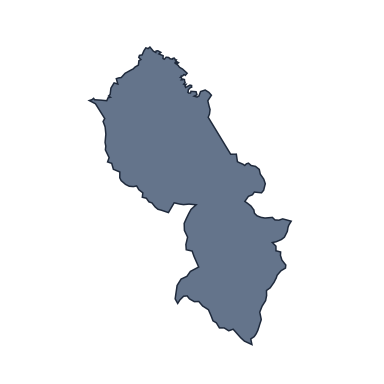 outline of Pano Pyrgos, Nicosia, Cyprus, rotated 305°
{"feature_id": "46923920B70201539019351", "entity_name": "Pano Pyrgos", "entity_type": "district", "adm_level": 2, "iso_a3": "CYP", "parent_name": "Cyprus", "parent_adm1": "Nicosia", "projection": "orthographic", "projection_center": [32.674, 35.131], "detail": "fine", "context": "isolated", "style": "filled", "palette": "slate", "viewbox_px": 384, "rotation_deg": 305, "n_neighbors": 0, "source": "geoboundaries", "source_scale": "gbopen_adm2", "svg_char_len": 3346}
<svg xmlns="http://www.w3.org/2000/svg" viewBox="0 0 384 384"><g transform="rotate(305 192 192)"><path d="M94.7,239.7L92.5,244.2L96.7,244.0L101.8,244.9L104.1,247.6L103.0,251.2L103.5,256.8L106.2,260.4L104.7,266.1L105.0,273.0L101.5,278.7L98.5,283.1L98.8,287.0L96.4,292.4L99.1,296.3L99.4,301.7L103.2,304.4L100.5,315.7L99.9,320.5L101.4,328.6L105.3,324.4L109.2,325.9L112.3,325.9L112.5,325.9L116.3,325.3L120.6,324.0L122.0,323.5L127.0,322.0L127.8,321.3L130.0,319.0L132.4,316.4L138.7,314.9L145.2,314.6L150.0,312.5L152.8,310.4L154.1,309.5L158.3,311.0L160.0,311.0L165.2,311.0L168.4,310.5L169.6,310.4L172.6,309.5L176.8,309.9L178.6,310.1L181.3,311.3L183.3,312.2L186.0,310.7L186.7,308.3L187.5,305.7L187.8,304.7L189.5,302.5L190.8,300.8L192.3,299.9L193.7,299.0L192.9,296.8L192.0,294.5L195.8,291.8L196.7,286.8L199.4,289.4L204.2,292.4L205.3,292.8L208.0,293.6L211.5,293.1L214.3,292.7L215.7,292.1L217.9,291.0L220.4,290.3L225.0,290.0L223.2,285.0L222.0,281.7L218.7,279.3L218.2,278.4L216.7,276.0L217.3,272.4L212.5,266.7L211.6,264.7L210.9,263.3L210.3,261.0L209.8,258.9L210.2,256.6L210.4,255.4L211.8,253.9L212.8,253.0L213.0,252.2L214.3,248.5L214.4,247.2L214.6,243.7L214.6,242.3L214.6,240.7L220.8,240.7L224.4,243.1L227.7,243.1L231.2,249.4L234.5,249.7L240.8,247.3L243.7,243.4L245.8,237.7L249.1,234.1L249.4,229.3L247.6,225.2L248.0,221.7L246.3,220.4L244.0,220.0L244.0,217.9L243.2,213.9L243.0,212.8L242.9,211.8L248.4,206.6L245.1,202.0L262.5,162.4L265.9,161.6L269.9,159.5L272.0,156.9L275.8,152.6L282.4,152.4L283.3,148.6L283.1,144.3L279.2,141.4L274.6,142.6L272.7,141.7L271.7,138.8L274.5,140.3L276.5,137.8L273.9,133.4L272.3,134.0L271.2,132.8L271.3,131.4L272.2,131.2L273.6,130.3L275.3,130.6L276.8,130.8L277.6,131.6L279.0,130.6L278.4,129.0L274.0,126.9L274.8,125.5L276.8,125.4L275.7,124.2L275.5,123.3L277.7,123.6L278.8,122.1L279.8,121.3L279.4,120.1L278.4,119.8L277.8,118.9L278.9,119.0L279.7,117.4L279.4,116.8L280.3,117.0L280.9,116.7L281.5,117.7L282.3,117.9L283.4,117.9L283.7,118.4L283.7,119.6L286.5,119.9L287.3,113.7L287.0,110.4L287.3,109.1L287.7,108.3L287.9,106.4L287.8,104.3L288.0,104.0L288.3,104.0L289.2,105.6L289.3,106.5L290.2,106.8L289.9,103.5L291.2,103.4L290.6,102.3L291.2,101.7L291.5,100.5L290.3,99.6L289.7,99.9L288.5,97.6L288.7,96.8L288.8,95.7L288.2,94.6L287.6,93.5L284.9,93.2L284.7,91.7L287.1,90.2L286.1,85.7L288.5,86.4L288.1,83.0L286.9,81.7L285.5,82.3L285.2,79.5L286.6,74.4L284.3,73.8L283.6,71.5L280.1,71.6L275.7,72.5L273.8,70.6L271.7,71.2L271.2,74.2L269.1,73.2L265.2,75.3L261.8,73.7L259.0,73.2L257.4,72.3L250.9,69.1L245.2,68.4L243.4,66.5L241.4,65.0L237.9,69.3L236.7,65.6L230.6,66.0L224.9,69.0L222.8,68.6L222.8,70.8L221.1,69.2L217.9,69.8L215.1,64.9L211.7,59.3L212.3,57.7L210.3,57.1L208.0,55.4L208.9,62.3L202.1,78.4L198.8,78.7L195.5,83.5L189.9,88.3L182.7,92.4L180.1,95.1L176.8,96.9L172.6,104.4L168.2,105.6L169.4,109.8L165.5,114.6L167.0,121.4L162.2,124.7L160.7,127.4L160.1,133.1L160.7,137.3L162.8,140.9L165.2,143.2L163.4,147.1L163.1,152.2L159.2,154.3L160.7,158.2L159.2,162.4L160.1,165.4L158.6,170.4L158.3,174.0L159.5,177.3L161.6,184.5L169.0,183.9L172.9,183.6L175.0,188.7L176.8,192.3L180.4,196.5L183.9,202.7L177.2,201.2L172.5,201.7L166.9,202.6L161.8,203.6L156.2,207.8L152.5,214.3L145.5,217.1L141.4,220.4L143.7,226.0L140.4,230.6L134.4,240.5L126.0,236.2L120.0,236.2L114.4,233.0L106.9,233.4L94.8,239.5L94.7,239.7Z" fill="#64748b" stroke="#1e293b" stroke-width="1.5"/></g></svg>